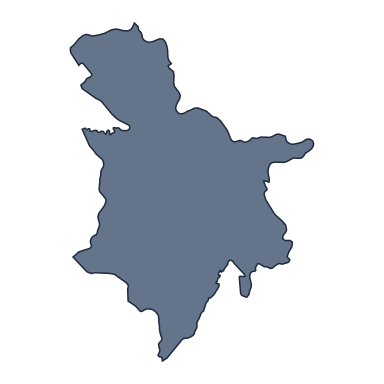 outline of As-Sulaymaniyah
{"feature_id": "IRQ-3242", "entity_name": "As-Sulaymaniyah", "entity_type": "Province", "adm_level": 1, "iso_a3": "IRQ", "parent_name": "Iraq", "parent_adm1": "", "projection": "natural_earth1", "projection_center": [45.337, 35.514], "detail": "fine", "context": "isolated", "style": "filled", "palette": "slate", "viewbox_px": 384, "rotation_deg": 0, "n_neighbors": 0, "source": "natural_earth", "source_scale": "10m", "svg_char_len": 5950}
<svg xmlns="http://www.w3.org/2000/svg" viewBox="0 0 384 384"><path d="M134.3,23.0L136.4,24.9L138.2,26.8L138.3,29.2L139.2,30.6L140.3,31.7L141.4,33.3L142.1,35.5L142.3,37.1L142.8,38.7L144.4,40.5L148.0,42.2L152.0,41.9L159.6,38.8L163.1,39.1L165.4,42.1L166.9,46.3L167.6,50.2L167.9,57.5L168.8,60.4L171.4,63.7L168.1,65.8L168.9,67.9L171.4,69.9L173.4,71.8L174.0,75.1L173.7,82.8L174.4,86.4L178.6,91.9L180.3,95.3L179.7,98.7L178.1,101.4L176.4,104.8L175.6,108.3L176.5,111.0L178.9,113.5L181.8,113.9L184.9,112.9L187.6,111.1L190.1,110.3L194.6,108.1L198.1,108.0L206.4,111.1L211.4,115.7L213.2,116.9L216.9,117.6L220.9,121.3L227.3,130.3L230.8,139.0L232.4,141.2L234.9,141.9L240.0,140.4L241.5,140.7L243.8,142.2L246.6,142.0L249.2,140.7L252.5,137.8L253.9,137.9L255.3,138.3L256.7,138.5L261.0,137.0L269.7,137.4L272.4,136.5L275.1,135.0L277.3,134.1L279.5,134.2L283.7,135.8L284.7,135.9L285.4,136.5L286.0,140.0L286.6,141.2L287.5,142.1L288.6,143.0L291.3,144.2L294.3,144.1L300.0,142.8L302.6,141.9L304.9,140.2L307.4,139.0L310.3,139.3L312.6,140.9L313.6,143.2L313.3,145.8L311.8,148.6L309.6,150.5L305.5,153.2L303.6,156.0L301.5,158.0L298.7,158.3L293.3,158.0L286.5,161.7L283.7,162.4L274.1,162.1L271.3,163.0L269.6,165.0L268.5,167.7L268.1,170.6L268.1,173.4L269.4,179.9L269.0,182.2L264.9,180.9L264.2,180.9L263.6,181.1L264.8,184.5L266.3,187.7L266.9,188.4L267.0,189.1L266.9,189.8L266.3,190.5L265.2,191.3L264.5,192.4L264.2,193.8L264.3,195.4L266.0,200.2L274.8,214.4L282.4,221.2L285.6,225.0L286.6,230.0L285.6,232.3L283.9,234.4L282.7,236.5L283.1,239.2L285.0,240.5L290.3,240.5L292.4,242.2L291.9,246.7L288.9,251.8L287.1,256.6L289.9,259.9L288.8,261.9L287.4,262.7L285.7,263.1L282.2,264.2L279.8,263.6L278.4,263.7L274.7,266.0L272.7,267.9L270.6,268.5L266.5,266.7L264.7,266.8L263.3,266.2L260.4,264.3L258.4,263.6L257.5,264.0L255.6,267.2L255.4,267.9L255.8,270.0L255.5,270.8L254.7,271.2L252.8,271.4L251.9,271.7L250.5,273.2L249.8,275.1L249.8,277.4L250.2,279.7L251.4,284.1L251.1,287.2L249.9,290.3L248.9,294.5L246.8,297.3L243.1,296.0L241.5,295.1L240.6,293.2L239.3,277.7L239.5,276.6L239.8,276.3L240.2,276.4L241.2,276.3L241.8,276.3L242.4,276.5L242.9,276.7L243.6,276.6L244.2,276.5L244.8,276.3L245.2,276.0L243.7,273.6L234.3,263.5L233.6,262.3L232.9,261.6L231.9,260.7L231.0,260.2L230.1,260.2L229.3,260.7L228.1,262.0L227.9,262.9L227.8,264.1L227.3,264.9L226.6,266.0L225.1,267.7L224.4,268.8L223.8,270.2L223.5,270.8L222.4,271.3L222.0,271.6L221.6,272.0L221.2,272.1L221.0,271.7L221.0,271.2L220.9,270.8L220.6,270.5L220.2,270.7L219.6,271.2L218.8,272.8L218.5,273.7L218.5,275.0L218.9,275.4L219.3,275.5L219.7,275.3L220.0,275.2L220.2,275.5L220.1,276.0L219.5,277.3L218.3,278.0L217.8,278.7L217.3,281.2L216.0,282.4L216.3,283.4L216.7,283.5L218.0,283.6L218.5,283.7L218.9,283.9L219.1,284.2L219.1,284.6L219.1,285.5L218.8,286.6L218.0,288.1L214.9,293.2L213.8,294.8L210.3,298.0L209.9,298.1L209.4,298.0L209.0,298.0L208.6,298.4L208.5,299.2L208.2,300.1L207.7,301.1L206.3,302.6L205.3,305.2L204.8,307.2L203.7,310.3L203.5,311.0L203.2,311.5L202.4,311.9L201.7,312.4L201.1,313.3L199.3,318.1L197.8,320.8L197.3,322.0L197.0,323.0L197.0,323.5L196.8,324.2L196.8,324.8L196.9,325.4L197.0,325.8L197.1,326.3L197.0,326.7L196.7,328.0L196.3,328.8L194.8,331.6L194.3,333.1L194.3,333.6L194.1,334.1L193.5,334.9L192.5,335.8L190.0,337.2L188.6,337.8L187.4,338.1L186.5,338.1L185.1,338.4L184.6,338.5L183.6,338.4L181.8,340.0L166.9,358.2L162.4,361.0L162.0,358.3L161.8,357.5L161.4,357.0L160.9,356.9L160.4,356.9L159.9,356.9L158.9,356.5L158.5,356.2L158.2,355.4L158.1,354.8L159.1,352.9L159.5,351.8L159.7,350.8L159.8,349.8L159.6,349.0L158.8,346.5L158.7,345.5L158.6,344.5L158.8,343.7L159.2,342.9L161.1,340.8L161.7,339.9L161.9,339.2L161.9,338.5L160.4,334.2L159.6,330.4L159.5,329.2L159.4,328.4L159.5,327.6L159.5,326.5L158.9,322.7L158.6,316.8L158.1,315.2L156.9,313.4L155.9,312.1L154.0,310.5L152.7,309.8L151.0,309.2L148.1,308.9L146.5,309.0L145.3,309.4L142.1,311.3L141.3,311.5L140.4,311.3L139.5,310.6L138.2,308.8L135.3,305.9L128.1,301.1L127.7,289.1L128.2,286.8L128.3,286.1L128.2,285.4L127.8,284.7L126.2,282.7L114.4,274.3L109.3,273.4L94.4,272.7L92.0,273.6L89.0,272.7L86.7,271.6L73.0,257.0L79.0,251.8L89.7,248.4L91.1,246.9L91.5,245.5L90.6,243.2L90.4,242.0L90.5,240.5L91.0,239.0L92.4,236.9L94.1,235.7L95.3,235.0L96.3,234.7L96.8,233.9L97.2,232.9L97.6,230.6L99.1,227.0L99.6,224.4L99.1,221.9L98.3,219.1L97.9,216.6L98.9,213.3L103.9,206.4L105.3,203.6L106.0,201.3L105.9,199.3L103.2,195.7L100.3,192.4L99.4,190.7L99.1,189.0L99.6,184.2L100.0,178.1L100.6,176.2L100.9,171.8L101.4,170.1L103.7,165.9L103.6,163.1L102.5,159.7L96.2,154.1L93.1,149.8L89.6,146.0L82.2,129.3L84.6,128.2L85.0,128.2L85.7,128.5L86.0,129.1L86.6,129.6L87.1,129.5L88.6,128.7L89.2,128.7L89.6,128.9L89.8,129.3L89.9,129.7L89.8,130.1L89.9,130.6L90.4,131.3L91.1,131.4L91.8,131.3L95.1,130.3L96.1,130.4L96.9,130.6L97.5,131.7L98.3,132.4L99.0,132.4L99.8,132.1L100.6,131.7L101.7,131.2L102.6,131.3L103.2,131.5L103.8,132.2L104.3,133.0L105.4,133.8L106.0,133.9L106.4,133.5L106.5,133.0L106.7,131.9L106.9,131.3L107.3,130.8L107.9,130.3L108.3,130.2L108.8,130.4L109.2,130.8L109.5,131.2L109.6,133.7L109.9,134.6L110.2,134.9L110.6,134.8L111.9,133.4L114.0,132.7L114.8,131.6L114.6,131.2L113.2,128.5L113.2,128.0L113.6,127.8L114.7,127.6L115.2,127.6L116.0,128.0L116.5,128.1L118.0,127.8L118.6,128.0L119.1,128.2L119.7,128.9L120.0,129.1L120.3,129.3L120.6,129.7L121.3,130.2L122.6,130.6L125.7,130.6L127.2,130.4L128.1,130.1L129.0,129.4L129.3,128.9L129.6,127.9L129.8,127.5L129.9,127.1L129.8,126.7L129.6,126.2L128.7,125.1L119.5,120.5L116.1,118.1L111.8,114.0L101.9,101.9L100.6,100.8L99.0,99.8L95.9,98.4L82.3,88.7L81.5,87.1L80.9,85.0L83.9,82.6L84.9,81.6L85.7,80.4L86.4,79.0L87.4,78.2L90.6,76.8L91.9,75.3L91.5,73.9L90.7,72.7L83.9,64.4L82.6,63.3L81.2,63.2L80.3,63.8L78.9,65.4L71.2,53.4L70.4,51.4L70.4,47.9L74.9,43.9L76.5,41.7L79.1,38.6L83.2,35.4L86.1,34.5L88.3,34.8L92.2,36.0L98.4,35.0L104.4,33.4L111.4,29.9L114.4,29.2L117.2,29.1L123.0,30.6L127.7,30.9L129.6,30.2L131.2,29.1L133.0,26.3L133.7,24.7L134.3,23.0Z" fill="#64748b" stroke="#1e293b" stroke-width="1.5"/></svg>